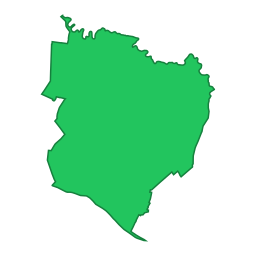 outline of Micula, Satu Mare, Romania
{"feature_id": "2599482B78351896705801", "entity_name": "Micula", "entity_type": "district", "adm_level": 2, "iso_a3": "ROU", "parent_name": "Romania", "parent_adm1": "Satu Mare", "projection": "albers", "projection_center": [22.96, 47.916], "detail": "fine", "context": "isolated", "style": "filled", "palette": "green", "viewbox_px": 256, "rotation_deg": 0, "n_neighbors": 0, "source": "geoboundaries", "source_scale": "gbopen_adm2", "svg_char_len": 5529}
<svg xmlns="http://www.w3.org/2000/svg" viewBox="0 0 256 256"><path d="M192.4,167.1L192.5,166.9L192.4,165.6L192.4,164.8L193.1,163.9L193.2,157.4L193.3,155.6L195.1,148.1L195.9,146.0L198.0,141.3L201.7,131.9L201.9,131.8L202.7,127.6L203.1,126.0L208.2,118.0L209.0,111.4L208.3,107.9L208.3,103.9L208.6,102.4L209.0,101.0L209.0,100.2L208.9,99.7L208.9,99.3L209.5,98.5L209.6,98.1L210.0,97.7L210.3,97.0L210.9,96.0L210.2,95.2L209.7,94.4L209.6,94.1L209.7,93.4L209.8,92.8L210.9,91.7L214.3,89.5L214.2,89.1L213.4,88.4L212.8,87.3L212.3,86.9L211.7,86.6L209.7,86.1L209.4,85.8L209.2,85.4L209.0,83.2L208.9,82.7L208.4,82.1L208.2,81.6L208.3,80.7L208.1,79.6L208.1,78.8L208.2,78.1L208.8,77.2L209.0,76.7L209.0,76.3L208.7,75.7L207.7,74.9L207.2,74.7L206.8,74.6L205.6,75.0L204.5,75.1L202.1,74.9L201.3,74.5L200.6,73.9L199.5,72.4L199.1,71.6L199.0,70.8L199.1,70.3L199.7,69.4L200.7,68.5L201.0,68.0L201.3,67.4L201.3,66.6L201.5,66.2L201.6,65.5L201.5,65.0L201.4,64.5L201.2,64.2L200.8,63.9L199.9,63.7L199.0,63.3L198.3,62.9L197.9,62.5L197.7,62.0L197.5,61.5L197.5,61.1L197.8,59.6L197.9,59.0L197.7,58.5L197.1,57.8L196.7,57.7L195.1,58.5L194.5,58.3L194.0,57.9L193.7,57.1L193.3,55.9L192.8,55.2L191.9,54.3L191.5,54.1L190.5,54.1L190.1,54.2L189.8,54.3L189.4,54.7L188.1,56.7L186.6,58.4L185.7,59.3L184.6,60.6L184.6,60.8L185.1,61.5L185.3,63.1L185.2,63.6L184.1,64.6L183.6,65.0L182.9,65.1L182.0,65.1L178.4,64.7L177.6,64.3L177.1,63.7L176.8,62.9L176.1,62.8L175.0,63.4L174.6,63.4L173.9,63.4L172.9,63.0L172.1,62.4L171.2,62.6L169.4,62.5L168.8,62.6L168.5,62.8L167.7,63.7L167.1,64.1L166.7,64.2L163.8,62.6L161.6,62.2L159.9,61.6L158.4,61.4L157.6,61.5L157.1,61.6L156.6,62.0L156.0,63.0L155.6,63.4L155.1,63.6L154.6,63.5L154.2,63.1L153.4,61.9L153.0,61.1L152.7,60.2L151.4,58.7L151.2,58.1L151.1,56.6L150.9,56.3L150.3,56.2L148.5,56.8L147.8,56.8L146.6,56.6L146.0,56.3L145.7,55.9L145.5,55.2L145.6,54.6L145.9,54.2L147.0,53.4L147.3,53.1L147.8,52.3L147.8,51.8L147.8,51.6L147.3,51.0L146.9,50.7L146.3,50.5L144.2,50.4L143.7,50.6L143.1,50.8L141.7,51.3L139.4,50.6L138.8,50.2L138.2,49.8L138.0,49.5L137.7,49.2L137.0,47.1L136.7,46.5L136.1,45.9L135.7,45.8L135.2,45.8L133.9,46.7L133.3,47.0L132.6,47.1L132.5,46.8L132.4,46.3L132.5,45.8L132.9,44.8L133.2,44.5L133.5,44.1L134.8,43.4L135.3,43.0L135.9,42.3L136.6,41.1L137.0,40.7L137.4,40.3L138.3,39.8L138.5,39.5L138.6,39.1L138.6,38.7L138.3,38.4L138.0,38.1L136.9,38.0L135.9,37.8L132.8,36.6L128.8,36.0L127.8,35.7L127.0,35.9L126.3,35.8L125.2,35.3L124.1,35.3L123.4,35.0L121.4,34.8L120.7,34.5L119.8,33.7L119.4,33.6L118.5,33.5L117.7,33.7L116.8,33.3L116.1,32.8L115.6,32.1L115.2,31.9L114.8,31.8L113.5,32.1L112.6,32.6L111.8,32.7L111.3,32.7L110.9,32.6L110.1,32.1L108.5,30.8L107.8,30.5L107.1,30.4L106.2,30.5L105.5,30.8L105.3,30.8L105.1,30.6L105.0,29.9L104.9,29.3L104.6,28.9L103.2,28.1L102.7,28.0L102.0,28.3L100.5,29.8L99.2,30.0L98.6,30.3L98.1,30.6L97.4,31.3L95.9,33.3L95.5,34.0L95.2,35.2L95.0,36.1L95.1,37.4L95.0,37.9L94.7,38.5L94.4,38.8L93.8,38.9L93.3,38.8L92.7,38.4L92.4,37.9L92.1,37.2L92.0,36.5L91.9,33.8L91.8,32.5L91.7,32.0L91.4,31.6L90.8,31.4L90.4,31.4L89.9,31.7L89.4,32.4L89.1,33.3L89.0,34.0L89.1,35.5L89.1,35.8L88.8,36.3L88.5,36.6L88.0,36.8L86.5,36.4L86.3,36.5L86.0,36.7L85.9,37.1L85.8,38.1L85.6,38.7L85.1,39.0L84.3,38.9L83.8,38.7L83.1,38.3L82.7,37.8L82.3,36.7L82.3,35.8L82.9,32.2L83.7,30.2L83.7,29.7L83.5,29.2L83.1,28.9L82.7,28.8L82.3,28.9L81.7,29.2L80.9,29.9L80.3,30.8L79.6,31.7L79.1,32.0L78.9,32.0L78.6,31.8L78.2,30.6L77.9,30.3L77.6,30.1L77.2,30.1L76.4,30.5L75.3,31.7L74.9,31.9L73.6,32.0L72.4,31.6L72.2,31.4L71.5,30.2L71.2,29.7L71.2,29.0L71.2,28.7L71.5,28.1L71.9,27.5L74.5,25.3L74.7,25.0L74.7,24.8L74.6,24.6L74.2,24.3L73.5,24.4L72.0,25.6L70.9,26.8L70.5,27.0L69.9,27.1L69.5,27.0L69.0,26.8L68.5,26.4L68.0,25.7L67.8,25.0L67.8,24.3L67.9,23.7L68.4,22.8L68.7,22.3L70.6,20.5L70.9,20.0L71.0,19.7L71.0,19.3L70.9,19.1L70.7,18.8L70.1,18.3L68.2,17.6L67.4,17.5L65.8,17.7L64.7,17.6L63.0,16.2L62.6,15.6L62.6,15.4L62.3,15.5L60.9,16.7L65.1,20.7L65.5,21.3L65.8,22.0L66.0,25.8L66.1,26.3L66.5,27.1L67.0,27.9L69.7,31.6L69.8,31.9L69.3,33.4L68.9,34.9L68.4,38.3L68.5,39.1L68.4,40.0L67.9,41.9L67.8,42.6L67.6,43.0L67.4,43.6L61.3,42.8L61.2,42.9L52.2,41.7L52.1,43.8L51.9,43.8L51.6,44.1L51.6,45.0L51.1,59.4L50.8,68.6L50.7,70.5L50.4,81.1L44.4,90.3L41.7,94.2L52.7,99.2L52.8,99.4L52.5,99.9L52.6,100.1L53.5,100.8L54.2,100.8L55.0,100.0L55.8,98.7L56.4,96.8L59.9,97.7L60.1,97.5L65.3,98.8L64.5,99.7L59.7,107.1L59.2,108.1L57.3,114.0L57.2,115.2L57.1,115.5L57.0,116.4L57.0,118.3L57.1,118.5L54.9,121.1L59.7,127.3L64.8,134.3L61.0,138.8L55.9,143.3L55.1,144.1L53.9,146.0L51.4,150.3L51.2,150.6L48.5,150.4L47.4,160.1L52.2,174.1L54.3,179.5L55.5,181.7L52.2,185.3L52.4,185.7L57.8,187.6L62.8,190.2L66.2,191.9L67.6,192.2L70.2,192.2L72.1,192.5L75.5,193.6L78.6,194.8L80.6,195.5L86.5,195.9L89.4,197.6L89.6,197.7L92.9,200.9L95.8,204.3L99.2,206.3L102.7,208.4L105.9,210.7L107.4,212.1L110.3,215.1L113.3,218.6L115.2,220.4L118.9,224.5L122.0,227.5L124.1,229.5L127.4,231.7L132.1,235.0L134.8,237.0L135.6,237.5L137.3,238.3L143.9,240.5L145.6,240.6L144.2,239.6L139.9,237.3L136.2,235.1L132.2,232.4L130.9,231.3L133.1,226.9L135.1,222.5L135.4,222.3L136.2,220.8L136.2,220.5L136.1,220.4L138.9,214.8L140.6,215.6L141.0,214.9L143.0,214.8L144.6,212.8L148.3,211.8L148.4,210.1L147.1,209.8L147.1,209.7L147.1,209.3L147.4,208.6L148.2,207.3L148.2,206.9L148.0,206.7L150.0,203.2L149.0,202.5L150.4,198.8L151.6,192.9L151.6,192.3L149.8,192.1L150.4,189.8L151.6,189.9L152.0,189.5L159.9,182.4L171.8,172.0L173.6,174.7L177.7,171.2L179.3,173.6L179.7,174.7L180.1,175.5L181.1,176.8L191.5,167.8L192.4,167.1Z" fill="#22c55e" stroke="#15803d" stroke-width="1.5"/></svg>